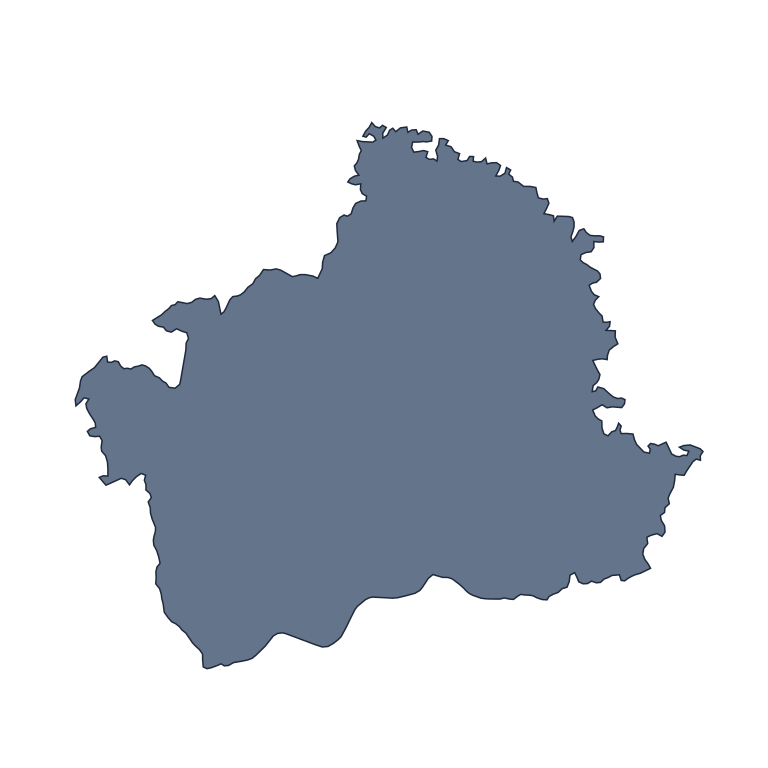 Jóia, Rio Grande do Sul, Brazil, rotated 353°
{"feature_id": "56859067B9941022435580", "entity_name": "Jóia", "entity_type": "district", "adm_level": 2, "iso_a3": "BRA", "parent_name": "Brazil", "parent_adm1": "Rio Grande do Sul", "projection": "albers", "projection_center": [-54.139, -28.741], "detail": "fine", "context": "isolated", "style": "filled", "palette": "slate", "viewbox_px": 768, "rotation_deg": 353, "n_neighbors": 0, "source": "geoboundaries", "source_scale": "gbopen_adm2", "svg_char_len": 6141}
<svg xmlns="http://www.w3.org/2000/svg" viewBox="0 0 768 768"><g transform="rotate(353 384 384)"><path d="M414.1,127.1L410.7,129.3L406.7,127.4L403.7,123.0L400.6,127.4L396.6,130.8L393.2,135.5L396.4,136.8L399.8,133.8L404.0,136.8L405.7,140.9L402.3,142.6L391.9,140.7L387.0,139.1L388.3,144.8L389.9,149.7L387.6,152.8L386.0,158.0L383.9,161.4L381.1,163.9L381.7,168.6L384.5,173.7L380.0,174.1L375.4,176.1L372.7,179.1L376.4,181.4L379.9,182.8L385.3,182.5L384.3,188.3L385.6,192.4L389.6,195.5L388.3,200.0L383.4,199.6L377.9,201.3L374.7,205.4L372.2,211.0L368.2,213.0L364.9,211.4L360.3,213.5L356.7,219.0L356.2,225.5L355.6,237.3L352.2,243.0L347.2,247.3L340.6,249.3L337.9,255.7L336.8,262.0L331.1,271.0L326.6,268.2L319.1,265.8L313.9,265.2L309.9,266.0L306.2,266.3L295.2,258.3L291.0,256.6L284.9,257.0L278.3,255.7L273.9,260.9L269.3,263.9L266.0,268.5L260.7,271.4L256.5,275.6L252.4,278.0L249.0,278.8L244.6,278.8L241.2,281.7L236.6,289.2L233.9,292.9L230.7,294.8L229.7,282.1L226.8,275.6L222.9,278.2L218.0,278.2L211.7,276.3L207.2,277.0L203.1,279.5L198.5,280.2L189.4,277.2L186.3,279.8L182.6,280.2L179.5,283.0L175.7,285.2L171.7,288.2L161.9,292.7L164.1,296.7L167.1,299.2L172.0,300.7L174.5,304.7L179.2,306.6L184.9,303.9L189.8,307.0L194.5,309.1L195.5,315.0L192.6,319.3L191.5,326.0L182.7,355.1L181.2,359.4L176.2,362.7L170.2,361.1L167.7,356.4L164.7,354.3L161.7,350.4L157.2,347.8L155.0,343.0L152.9,339.8L149.5,337.0L146.1,335.5L142.7,336.3L138.2,336.6L134.7,338.3L131.3,337.1L127.7,337.1L124.9,334.2L123.0,329.5L119.5,328.2L116.0,329.3L112.4,328.6L112.2,322.6L108.3,323.1L98.6,332.5L93.0,335.4L85.2,340.0L83.1,344.1L81.3,350.7L75.6,361.9L75.6,368.2L80.9,364.5L84.7,361.1L89.2,363.0L85.7,367.4L86.0,372.2L88.3,378.1L91.2,383.9L92.7,387.6L92.5,391.9L87.0,392.7L83.8,394.9L85.7,399.6L90.5,401.0L95.4,401.2L97.3,405.9L95.6,412.1L95.6,416.3L98.9,421.2L100.0,427.7L99.6,435.0L98.7,441.7L94.0,440.9L90.0,442.0L95.7,450.6L111.7,445.6L115.9,447.5L119.1,453.1L122.3,449.5L127.0,445.8L132.1,443.2L136.3,445.5L134.4,450.3L135.5,454.8L134.8,460.2L138.4,464.3L139.2,468.4L135.6,472.3L136.9,478.3L136.5,483.5L137.4,489.7L139.8,498.5L139.0,502.9L137.3,506.8L136.0,510.9L135.9,516.0L138.1,521.7L139.3,528.1L139.9,534.6L136.3,538.1L134.7,542.8L134.2,548.8L133.1,554.5L136.3,559.7L137.3,565.3L137.3,569.7L138.0,575.4L138.1,583.8L141.3,589.7L144.3,594.1L148.2,596.7L151.5,600.1L153.4,603.4L157.0,607.1L162.3,617.4L164.8,620.9L168.5,625.2L171.0,629.9L170.4,635.3L170.1,642.8L173.6,645.0L177.7,644.6L182.7,643.5L188.2,641.9L191.2,644.3L195.4,644.4L200.7,642.2L210.8,641.7L215.0,641.3L219.7,640.2L224.1,637.4L234.3,629.6L243.5,620.5L248.0,618.6L252.9,618.6L256.1,619.8L284.3,634.5L290.7,637.5L296.4,637.7L302.3,635.2L307.4,632.1L310.7,629.5L316.8,620.9L323.2,611.0L327.7,604.3L330.4,601.5L339.3,595.8L343.2,594.4L346.6,594.1L366.6,597.6L371.5,597.8L379.6,596.9L389.2,595.5L394.4,593.3L397.4,590.4L404.2,582.4L409.3,579.1L418.7,583.1L424.0,583.8L428.2,585.9L434.8,592.4L438.2,596.3L440.3,599.3L443.1,602.3L446.3,604.5L454.2,608.4L458.0,609.4L462.9,610.3L473.1,611.6L477.2,611.0L482.2,612.7L486.3,613.6L490.6,611.0L494.1,609.5L497.7,610.5L502.0,611.2L506.0,612.3L509.8,614.9L514.7,617.2L519.5,618.1L521.8,615.1L526.3,613.3L531.5,612.1L536.0,608.8L540.9,608.0L543.8,602.6L545.3,596.4L550.3,594.5L552.0,599.6L553.2,604.1L557.3,606.6L561.6,606.9L566.0,605.0L570.5,607.2L574.7,607.3L578.7,604.4L583.2,603.3L587.0,601.8L594.4,602.1L595.5,607.9L598.9,608.7L602.6,606.6L606.5,605.0L609.8,604.0L615.4,603.1L626.1,599.4L624.2,594.7L621.6,590.0L620.1,584.5L621.7,579.0L626.3,574.5L626.2,568.2L630.5,566.7L636.7,565.8L641.4,569.1L644.9,565.2L645.2,558.9L642.7,553.4L642.2,548.2L646.8,545.7L647.8,541.0L652.6,537.6L652.1,532.0L654.2,528.1L658.7,521.6L660.8,515.0L662.0,509.1L666.1,510.2L670.8,511.2L673.9,507.1L681.2,498.7L684.7,496.6L688.8,498.3L689.2,493.7L692.4,489.9L689.9,486.8L680.5,481.8L674.2,481.6L669.5,482.7L673.3,486.0L678.3,487.8L676.0,491.9L672.2,491.1L668.6,492.2L665.0,491.3L661.0,488.5L656.9,476.1L648.6,478.7L645.2,476.7L641.4,475.5L638.5,477.8L640.3,481.3L639.0,485.0L633.7,483.2L627.4,474.8L625.9,470.1L625.0,464.0L619.0,462.7L613.3,462.1L612.7,458.2L614.3,454.7L612.1,451.5L610.3,455.1L608.1,458.4L604.2,459.2L600.0,462.7L596.2,460.3L595.0,454.2L595.7,447.2L592.3,444.8L589.7,441.4L588.0,435.2L592.3,433.7L598.0,431.2L602.4,434.8L607.8,434.5L617.1,436.4L620.3,433.0L621.3,428.9L618.1,426.9L614.1,426.9L609.9,424.7L606.3,421.0L601.6,415.4L595.9,413.0L593.3,416.6L589.7,417.0L591.4,411.1L595.4,408.5L597.8,405.5L599.5,401.0L597.3,395.6L594.1,386.1L599.4,385.5L603.7,385.6L608.5,387.0L609.2,383.1L611.6,377.9L616.2,374.9L621.0,372.6L619.1,365.7L620.1,359.4L610.9,357.8L614.9,354.2L616.0,349.7L612.5,349.9L609.0,349.2L608.7,343.0L606.2,339.9L603.0,334.8L601.7,330.4L604.2,326.3L607.8,323.5L603.5,321.0L601.2,317.3L599.6,311.1L603.3,309.3L607.4,308.9L611.8,305.6L611.8,301.1L609.7,297.9L602.9,293.2L599.9,290.2L596.3,287.7L593.9,284.7L595.3,279.7L600.3,278.1L605.7,278.0L609.0,274.2L609.6,268.2L615.0,269.4L619.0,269.6L619.8,264.7L616.2,263.2L611.7,262.7L606.6,261.6L603.2,258.2L601.3,254.3L596.5,255.4L592.3,261.2L588.2,265.5L587.5,260.7L589.9,256.0L591.8,251.2L592.4,246.4L591.4,241.8L587.9,240.3L576.5,238.5L572.7,243.1L572.7,237.7L569.1,236.2L563.5,234.4L566.9,229.4L569.7,224.7L568.7,219.9L564.7,219.9L559.9,218.0L559.1,212.9L558.7,207.5L553.1,205.7L546.8,204.9L541.5,199.7L537.2,198.6L536.7,194.3L533.3,190.8L535.8,187.0L532.0,184.1L529.7,189.6L524.5,191.9L520.3,191.1L524.1,185.8L526.3,181.3L522.6,178.0L517.5,177.6L513.1,178.1L512.4,172.1L507.9,175.2L503.4,175.1L499.6,173.7L500.6,169.2L496.8,168.6L493.6,172.4L487.6,172.6L484.7,170.0L487.1,164.6L482.2,162.0L479.5,156.7L474.3,154.3L477.5,150.3L473.2,147.7L469.0,147.2L467.3,153.5L463.9,158.2L464.9,164.5L463.8,169.2L460.6,166.6L456.5,166.6L453.3,164.2L455.7,158.7L451.6,157.1L446.6,157.5L441.8,157.5L440.2,152.5L441.9,147.4L448.0,148.1L452.2,148.1L455.9,148.9L460.9,148.7L461.8,144.1L459.5,139.6L453.3,137.6L448.3,140.3L446.9,135.5L442.4,135.3L438.4,137.1L437.9,131.7L431.5,131.8L426.4,135.0L423.9,131.2L420.5,132.8L417.8,137.3L412.9,139.8L413.3,135.0L417.5,129.7L414.1,127.1Z" fill="#64748b" stroke="#1e293b" stroke-width="1.5"/></g></svg>